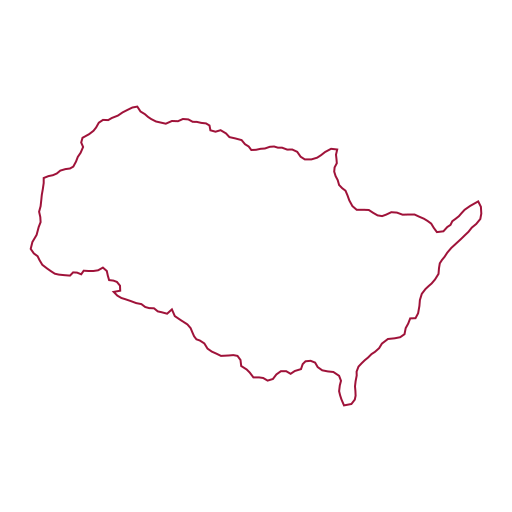 outline of Biquinhas, Minas Gerais, Brazil
{"feature_id": "56859067B36439277401093", "entity_name": "Biquinhas", "entity_type": "district", "adm_level": 2, "iso_a3": "BRA", "parent_name": "Brazil", "parent_adm1": "Minas Gerais", "projection": "mercator", "projection_center": [-45.527, -18.765], "detail": "fine", "context": "isolated", "style": "outline", "palette": "rose", "viewbox_px": 512, "rotation_deg": 0, "n_neighbors": 0, "source": "geoboundaries", "source_scale": "gbopen_adm2", "svg_char_len": 3164}
<svg xmlns="http://www.w3.org/2000/svg" viewBox="0 0 512 512"><path d="M344.0,405.4L351.4,404.0L354.8,399.6L355.6,395.7L355.4,390.9L355.0,386.4L355.6,381.2L356.7,375.5L356.6,371.6L358.5,366.6L361.7,363.2L364.8,360.2L368.0,357.6L371.5,354.1L374.9,351.9L379.1,348.2L381.9,343.6L387.9,339.0L394.7,338.3L400.2,337.2L404.5,334.2L405.7,328.1L408.2,323.6L410.2,318.4L415.5,318.2L418.1,313.3L419.4,306.0L419.9,300.0L421.8,293.8L425.5,289.0L428.6,286.1L431.6,283.5L435.0,279.5L438.5,273.9L439.0,268.1L439.8,263.3L442.0,259.9L444.5,256.9L447.3,252.6L451.4,247.8L455.8,243.8L461.0,239.0L464.8,235.3L468.4,231.9L471.8,227.6L476.2,224.0L480.3,219.0L481.3,213.6L480.9,206.8L478.2,201.4L474.1,203.7L470.2,205.9L464.6,209.8L461.4,213.3L458.9,216.2L455.6,218.8L452.3,221.2L450.5,224.9L447.3,227.0L443.4,231.3L436.9,232.1L433.8,227.9L431.2,223.6L427.5,220.9L423.9,218.7L419.0,216.6L414.5,214.5L409.1,214.5L402.6,214.7L396.9,212.6L391.3,212.2L386.0,214.7L382.1,216.1L377.6,215.4L373.1,212.8L368.8,210.0L364.1,209.8L356.7,209.8L352.4,206.1L349.3,200.4L347.5,195.4L345.5,190.7L342.2,188.2L339.1,185.0L337.7,180.1L335.6,176.1L334.2,171.6L334.6,167.4L336.8,163.2L336.5,159.2L336.0,154.7L337.2,149.5L331.1,148.8L325.1,152.0L321.0,155.2L317.1,157.7L311.4,159.4L304.8,159.4L300.6,156.7L297.2,151.8L292.2,149.5L287.2,149.6L282.1,147.7L278.0,147.7L274.1,146.5L269.8,146.8L264.9,148.5L260.6,148.8L256.0,149.8L251.3,150.0L248.7,146.5L245.0,144.2L241.6,140.1L235.2,138.4L229.4,137.1L226.0,133.4L220.6,130.2L215.5,131.7L210.4,130.3L209.5,125.5L206.0,123.4L201.3,122.9L196.9,121.9L192.7,121.8L188.3,119.4L182.9,119.0L178.0,121.2L171.9,121.0L165.8,123.7L156.0,121.5L151.1,119.0L148.0,116.9L144.8,114.1L140.5,111.5L137.3,106.6L132.4,107.5L127.1,110.1L122.6,112.4L117.9,115.6L111.8,118.0L108.2,120.1L103.0,119.9L98.8,122.7L96.1,127.5L93.5,130.8L89.2,134.1L82.5,137.8L81.2,142.5L83.1,147.0L80.6,152.8L77.8,156.9L76.0,161.6L73.3,166.6L70.0,168.5L65.4,169.1L60.3,170.6L56.8,173.5L52.9,175.2L48.5,176.1L43.7,178.0L43.7,183.0L42.8,189.2L41.8,194.9L41.3,199.9L40.6,206.2L39.1,211.7L40.3,217.1L40.6,222.1L38.7,227.0L36.6,234.9L32.4,242.0L30.7,248.9L33.8,253.4L37.6,256.2L39.5,260.1L42.3,264.8L47.1,268.5L51.1,271.3L54.8,273.7L58.8,274.6L64.8,275.2L70.0,275.6L73.1,272.4L77.0,272.6L81.2,274.3L83.7,270.7L88.4,271.0L93.4,271.0L98.1,270.3L102.9,267.6L106.8,271.0L107.8,275.6L109.1,280.1L113.4,280.6L116.9,281.9L120.0,285.7L120.2,290.7L113.7,291.9L117.3,295.6L121.4,298.0L125.0,299.1L130.6,301.0L136.2,303.1L141.4,304.1L145.2,307.0L149.1,308.1L154.0,308.3L157.8,311.4L161.5,312.2L167.1,313.7L171.9,309.4L174.8,316.1L181.0,320.3L187.4,324.4L190.6,328.1L192.3,332.2L194.1,336.3L196.4,339.3L199.8,340.5L204.3,343.4L207.5,348.6L211.8,351.6L216.5,353.7L221.0,355.9L228.5,355.5L233.4,355.1L237.5,355.9L240.5,360.0L241.2,366.0L246.7,369.5L249.7,372.5L253.4,377.4L259.1,377.4L263.2,378.0L267.6,380.6L272.9,379.0L276.4,374.4L280.9,371.2L286.2,371.2L290.6,373.8L294.8,371.0L301.0,369.1L302.7,364.1L305.5,361.3L310.6,360.8L315.1,362.6L317.7,367.1L322.2,370.3L327.7,371.4L333.4,372.0L339.1,375.8L341.0,380.8L339.8,385.4L339.1,391.2L340.1,395.3L341.4,399.3L344.0,405.4Z" fill="none" stroke="#9f1239" stroke-width="2"/></svg>